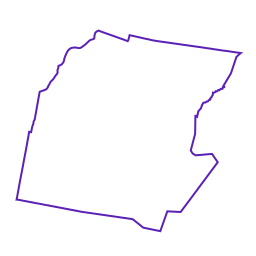 outline of Menaka, Gao, Mali, rotated 191°
{"feature_id": "8926073B3742503303790", "entity_name": "Menaka", "entity_type": "district", "adm_level": 2, "iso_a3": "MLI", "parent_name": "Mali", "parent_adm1": "Gao", "projection": "orthographic", "projection_center": [2.874, 16.667], "detail": "fine", "context": "isolated", "style": "outline", "palette": "violet", "viewbox_px": 256, "rotation_deg": 191, "n_neighbors": 0, "source": "geoboundaries", "source_scale": "gbopen_adm2", "svg_char_len": 3399}
<svg xmlns="http://www.w3.org/2000/svg" viewBox="0 0 256 256"><g transform="rotate(191 128 128)"><path d="M31.7,223.1L33.8,223.0L39.0,222.7L42.3,222.6L44.5,222.5L50.2,222.1L55.8,221.9L59.2,221.7L60.7,221.7L66.3,221.4L71.7,221.2L76.6,220.9L77.1,220.9L80.6,220.7L83.0,220.6L85.6,220.5L88.1,220.3L90.7,220.2L96.3,219.9L98.5,219.8L102.3,219.6L104.7,219.5L108.0,219.3L113.9,219.0L116.3,218.9L119.6,218.8L121.5,218.8L123.9,218.9L129.8,219.0L132.3,219.1L138.9,219.3L143.0,219.4L144.2,219.4L144.2,217.7L144.4,215.2L144.4,214.4L144.6,214.0L144.8,213.7L144.9,213.2L145.8,213.4L147.5,213.6L148.2,213.8L156.1,215.0L164.1,216.2L170.2,217.1L172.2,217.4L175.6,218.0L176.7,217.2L176.8,217.1L177.0,216.9L177.8,216.0L177.8,215.9L178.3,215.1L178.3,214.7L178.5,212.9L178.6,211.7L178.4,211.1L178.2,210.4L178.2,209.8L178.4,209.2L178.7,208.9L179.1,208.6L180.1,208.1L181.4,207.4L181.7,207.2L182.5,206.5L183.7,204.8L184.3,204.0L185.7,202.0L188.0,199.4L188.3,199.1L189.4,198.0L189.6,197.8L190.0,197.6L190.3,197.4L190.8,197.2L191.5,197.1L192.2,197.0L194.5,197.0L195.4,197.0L196.1,196.7L197.5,196.3L198.7,195.8L199.3,195.5L199.7,195.0L200.4,194.4L201.6,192.8L202.0,191.6L202.2,191.1L202.7,189.3L203.3,186.8L203.5,185.2L203.6,184.8L203.6,184.6L203.8,183.6L203.7,182.8L203.6,182.1L203.8,181.3L204.0,180.2L204.4,179.3L204.9,178.3L205.3,177.8L206.2,176.9L206.9,176.5L208.1,175.7L208.1,175.2L208.0,174.8L207.9,173.3L208.1,172.4L208.2,171.7L208.3,171.4L208.2,170.8L208.0,170.2L207.8,169.6L207.7,168.8L207.8,168.2L208.0,167.5L208.6,166.5L208.9,166.1L209.4,164.8L209.6,164.3L209.8,164.0L209.9,163.6L210.1,163.1L210.3,162.6L210.9,161.4L211.5,160.5L212.8,158.5L213.1,157.6L213.3,157.0L213.5,156.2L213.6,155.5L214.3,154.2L214.3,153.8L214.4,153.1L214.5,152.6L215.0,151.4L215.6,150.6L216.0,150.1L217.7,149.0L220.5,147.4L221.6,146.7L221.6,145.2L221.5,137.2L221.4,130.0L221.3,126.2L221.3,122.5L221.2,120.3L221.2,118.7L221.2,118.4L221.3,118.2L221.6,117.5L221.7,117.1L221.8,116.7L221.9,116.1L221.8,115.4L221.8,113.8L221.8,113.5L221.9,112.8L222.2,111.7L222.2,111.2L222.3,108.7L222.3,107.2L222.3,105.4L223.2,105.3L224.3,105.4L224.2,101.1L224.1,93.5L224.0,85.6L224.0,78.1L223.9,69.9L223.9,63.0L223.9,55.7L223.8,47.4L223.7,40.5L223.7,37.0L223.7,36.5L223.4,36.6L157.0,36.9L106.0,39.4L94.0,33.1L76.6,32.9L73.5,53.7L60.3,55.6L55.2,66.1L33.4,111.5L40.6,118.6L56.3,114.1L59.7,115.3L62.1,117.9L61.0,135.1L64.1,152.6L62.3,152.2L62.4,152.8L62.8,153.3L62.5,153.6L62.2,153.9L62.2,154.6L62.3,155.6L62.1,156.3L62.2,156.9L62.2,157.5L62.1,158.0L61.7,158.5L61.3,159.3L60.9,160.1L60.2,161.0L60.1,161.6L60.1,162.0L59.9,162.5L59.9,163.6L59.6,164.7L59.6,165.1L59.4,165.4L59.0,166.5L59.0,166.9L59.0,167.0L58.8,167.2L57.5,167.7L57.0,167.7L56.3,168.4L55.9,169.0L55.0,169.2L54.5,169.6L54.2,170.4L53.9,170.9L53.5,171.2L52.9,171.3L52.7,171.6L52.8,172.2L52.9,172.8L52.7,173.2L52.0,173.8L52.0,174.2L51.8,174.9L51.2,176.1L51.1,176.8L51.2,177.1L51.1,177.6L51.3,178.1L51.4,178.6L51.4,179.0L50.8,179.0L50.2,179.2L49.6,179.6L49.1,180.0L49.0,180.3L49.0,180.5L48.9,180.8L48.6,180.8L48.3,180.7L47.7,181.0L47.2,181.7L46.9,182.2L46.7,182.3L46.4,182.5L46.0,182.3L45.7,182.3L45.4,182.7L45.2,183.0L44.9,183.4L44.8,183.8L44.3,184.2L43.9,184.2L43.3,184.3L42.9,184.4L42.7,184.5L42.7,185.2L42.7,185.6L42.7,185.8L42.7,186.0L42.4,186.2L41.9,186.2L41.5,186.3L41.3,186.5L41.3,186.8L42.4,187.4L37.4,201.3L35.1,218.5L31.8,223.0L31.7,223.1Z" fill="none" stroke="#5b21b6" stroke-width="2"/></g></svg>